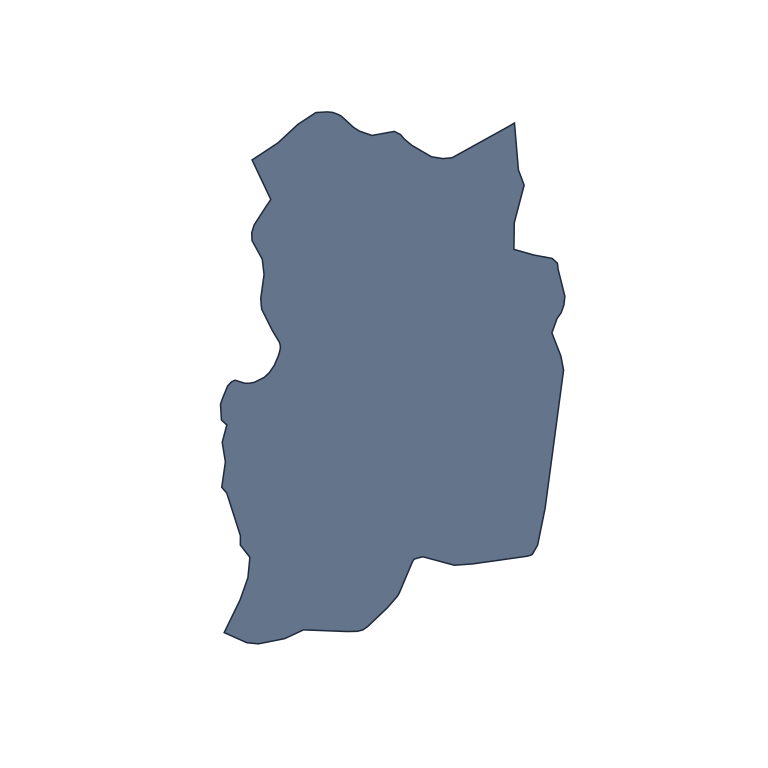 map outline of Totonicapán (Equal Earth projection), rotated 199°
{"feature_id": "GTM-1955", "entity_name": "Totonicapán", "entity_type": "Department", "adm_level": 1, "iso_a3": "GTM", "parent_name": "Guatemala", "parent_adm1": "", "projection": "equal_earth", "projection_center": [-91.362, 15.041], "detail": "fine", "context": "isolated", "style": "filled", "palette": "slate", "viewbox_px": 768, "rotation_deg": 199, "n_neighbors": 0, "source": "natural_earth", "source_scale": "10m", "svg_char_len": 1356}
<svg xmlns="http://www.w3.org/2000/svg" viewBox="0 0 768 768"><g transform="rotate(199 384 384)"><path d="M265.9,557.5L259.4,554.7L258.0,552.0L256.8,549.3L241.5,525.8L239.6,517.1L239.7,509.1L241.7,502.1L241.9,487.0L225.9,468.1L218.7,455.6L214.9,436.6L191.2,319.0L186.3,281.7L188.3,271.1L190.4,269.3L192.5,267.8L241.7,242.7L258.6,235.5L290.9,233.3L294.5,231.1L298.7,228.0L299.3,224.1L301.5,191.5L302.1,188.1L307.9,173.6L320.5,149.3L324.0,144.5L328.8,141.4L338.4,137.9L380.1,125.3L395.0,110.9L418.2,97.4L429.5,94.7L454.2,96.9L449.8,133.1L449.6,156.5L454.4,176.5L467.4,184.9L470.4,193.8L497.2,229.7L503.8,233.5L508.6,258.7L518.0,276.2L519.3,294.1L526.0,297.0L532.0,311.6L532.0,318.2L531.2,331.3L528.9,336.4L526.1,339.1L516.0,339.4L511.9,340.7L507.1,343.4L499.3,351.4L496.1,357.5L493.8,366.0L493.1,376.0L493.2,380.0L493.6,383.9L494.8,387.0L496.5,389.4L506.8,398.0L523.9,414.8L525.8,418.6L528.5,425.2L533.0,448.3L539.7,462.3L555.5,476.7L558.3,483.9L558.6,492.0L553.3,513.5L551.1,521.6L581.7,552.9L562.8,577.4L550.0,601.4L536.8,618.5L526.2,622.8L520.9,624.1L514.6,623.9L511.7,623.4L496.3,616.7L489.6,615.1L476.3,615.1L456.5,626.2L449.6,625.2L444.1,622.0L435.3,618.7L413.1,614.3L401.7,616.3L393.3,620.1L349.3,668.9L345.6,673.3L326.6,630.2L316.2,617.6L313.3,578.8L305.0,553.6L284.6,554.7L265.9,557.5Z" fill="#64748b" stroke="#1e293b" stroke-width="1.5"/></g></svg>